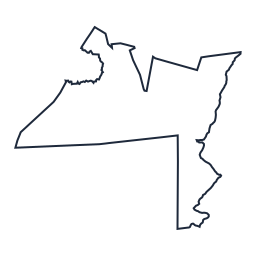 outline of Pedro II, Piauí, Brazil
{"feature_id": "56859067B62049528503513", "entity_name": "Pedro II", "entity_type": "district", "adm_level": 2, "iso_a3": "BRA", "parent_name": "Brazil", "parent_adm1": "Piauí", "projection": "mercator", "projection_center": [-41.343, -4.536], "detail": "fine", "context": "isolated", "style": "outline", "palette": "slate", "viewbox_px": 256, "rotation_deg": 0, "n_neighbors": 0, "source": "geoboundaries", "source_scale": "gbopen_adm2", "svg_char_len": 2779}
<svg xmlns="http://www.w3.org/2000/svg" viewBox="0 0 256 256"><path d="M199.6,226.8L200.0,225.1L200.9,223.8L202.7,222.5L203.2,219.9L204.3,219.0L206.7,218.3L208.1,217.4L208.8,216.3L208.7,214.8L207.1,213.3L205.6,212.9L204.0,212.7L202.1,212.9L199.5,212.2L197.9,211.1L196.6,210.8L194.5,209.6L193.7,208.2L195.2,206.6L196.0,205.7L197.8,205.0L199.2,203.8L198.6,201.7L199.5,199.5L200.5,198.5L201.7,197.7L202.4,196.9L203.1,194.9L204.4,194.3L205.3,193.7L206.5,191.9L210.8,188.0L212.8,185.5L214.0,183.4L215.0,182.4L216.1,181.6L216.8,179.9L218.4,177.8L220.3,176.9L221.1,175.7L220.4,174.7L219.1,174.8L216.9,173.6L216.4,172.5L215.2,171.5L213.4,168.8L212.0,167.1L210.7,165.0L209.1,163.5L205.5,161.6L203.3,159.8L202.5,158.8L200.9,158.0L199.7,154.8L200.5,152.5L202.1,150.3L203.4,147.5L204.0,145.4L203.9,143.9L202.3,142.4L199.2,142.5L198.5,141.7L197.2,141.5L196.7,140.1L198.6,140.3L200.3,140.0L202.2,140.0L203.9,139.5L205.9,136.6L206.5,134.7L207.3,133.3L208.9,132.3L209.2,130.5L209.5,128.4L210.6,125.0L212.5,123.8L213.2,122.9L214.2,122.1L215.0,120.7L215.6,117.8L215.9,114.9L215.6,111.4L216.1,110.0L217.2,108.6L218.6,106.6L219.8,103.8L219.8,102.1L219.5,100.4L219.9,99.3L220.5,97.2L220.2,95.7L219.9,94.2L220.5,93.3L222.1,90.4L224.3,87.1L224.7,85.8L225.7,84.4L226.3,82.8L226.3,81.5L226.7,80.0L226.5,76.1L225.8,74.8L226.6,71.6L228.9,69.7L229.4,68.3L230.1,67.3L230.9,66.1L231.5,65.2L232.6,64.1L232.8,62.2L234.6,60.3L234.9,58.5L235.7,57.6L238.2,55.7L240.5,53.8L240.6,52.1L208.5,56.3L201.3,57.4L197.1,70.1L170.1,62.5L168.6,62.1L155.3,58.3L153.0,56.7L146.6,91.0L144.5,90.7L143.7,89.1L140.0,74.8L133.1,60.2L129.8,50.4L134.6,48.1L134.2,46.8L129.1,45.5L127.3,45.0L120.5,43.3L111.6,44.2L112.0,47.8L108.1,44.1L106.3,36.6L105.5,33.6L94.7,27.1L90.6,33.4L88.0,37.2L86.9,38.8L81.6,47.0L81.2,48.1L82.4,48.4L82.4,49.8L83.8,50.4L84.8,50.2L85.7,51.0L86.7,51.9L87.5,52.7L88.9,52.8L89.6,51.6L90.8,50.9L92.8,54.2L98.7,54.5L98.9,56.0L98.9,57.3L100.0,58.6L100.2,60.6L101.0,61.6L102.3,62.5L103.1,63.7L102.6,65.0L102.7,66.1L101.8,68.0L102.0,69.1L101.4,70.0L102.1,71.0L102.9,72.2L101.9,72.9L101.5,74.4L100.9,75.5L100.2,76.4L99.7,77.9L99.0,79.5L97.1,79.1L96.1,80.1L96.0,81.4L93.9,81.6L93.5,82.8L91.7,80.9L90.5,80.7L88.0,81.6L86.2,80.6L84.8,82.0L83.5,81.4L82.1,82.0L80.6,82.3L79.5,84.0L78.4,83.6L77.7,82.0L76.8,83.7L74.6,83.8L73.0,83.9L71.8,84.2L71.4,81.6L70.3,81.5L69.4,82.4L68.5,81.7L68.1,80.6L66.6,80.8L65.6,80.6L66.0,82.1L61.0,91.3L60.3,92.6L53.6,101.9L37.3,116.9L20.7,132.2L20.1,133.8L17.4,140.5L15.4,147.7L21.0,147.5L72.5,145.3L99.3,144.2L105.6,143.5L108.6,143.1L127.6,141.0L161.2,137.3L177.7,135.4L177.9,161.8L177.5,228.9L187.8,227.6L189.0,227.5L190.0,226.9L190.6,225.3L191.5,224.0L193.0,223.6L193.9,224.2L194.8,225.1L195.9,225.6L197.1,225.8L198.6,226.3L199.6,226.8Z" fill="none" stroke="#1e293b" stroke-width="2"/></svg>